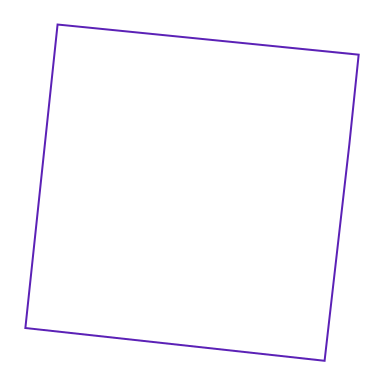 Stonewall, Texas, United States of America, rotated 276°
{"feature_id": "52423323B46618187662485", "entity_name": "Stonewall", "entity_type": "district", "adm_level": 2, "iso_a3": "USA", "parent_name": "United States of America", "parent_adm1": "Texas", "projection": "robinson", "projection_center": [-100.217, 33.179], "detail": "fine", "context": "isolated", "style": "outline", "palette": "violet", "viewbox_px": 384, "rotation_deg": 276, "n_neighbors": 0, "source": "geoboundaries", "source_scale": "gbopen_adm2", "svg_char_len": 234}
<svg xmlns="http://www.w3.org/2000/svg" viewBox="0 0 384 384"><g transform="rotate(276 192 192)"><path d="M255.7,343.5L346.0,343.4L344.5,40.8L39.3,40.5L38.0,341.5L255.7,343.5Z" fill="none" stroke="#5b21b6" stroke-width="2"/></g></svg>